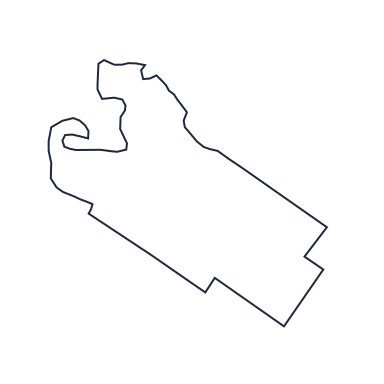 the district of São Pedro do Butiá, Rio Grande do Sul, Brazil, rotated 125°
{"feature_id": "56859067B11574675673068", "entity_name": "São Pedro do Butiá", "entity_type": "district", "adm_level": 2, "iso_a3": "BRA", "parent_name": "Brazil", "parent_adm1": "Rio Grande do Sul", "projection": "albers", "projection_center": [-54.902, -28.124], "detail": "fine", "context": "isolated", "style": "outline", "palette": "slate", "viewbox_px": 384, "rotation_deg": 125, "n_neighbors": 0, "source": "geoboundaries", "source_scale": "gbopen_adm2", "svg_char_len": 1121}
<svg xmlns="http://www.w3.org/2000/svg" viewBox="0 0 384 384"><g transform="rotate(125 192 192)"><path d="M269.0,264.2L267.0,188.0L266.8,140.7L266.6,123.5L249.3,124.1L249.3,91.8L249.3,39.6L180.2,40.0L180.4,62.8L143.5,61.3L143.5,165.0L143.8,180.8L143.6,194.6L146.6,201.9L148.4,208.3L147.8,217.0L145.0,227.2L143.0,235.1L138.2,239.8L129.6,241.9L126.9,250.1L124.8,256.9L122.4,262.7L122.2,269.0L119.4,274.6L118.1,280.7L116.9,288.0L123.2,291.6L127.5,296.8L121.5,303.5L115.0,303.3L118.8,311.7L123.1,318.2L127.7,322.2L132.3,328.6L134.4,339.7L140.6,342.2L157.1,331.7L162.2,328.2L167.3,319.1L159.3,309.7L156.2,302.1L159.3,296.1L163.8,293.7L171.5,293.5L176.6,290.2L181.6,287.0L186.6,278.2L189.5,273.1L195.0,270.2L202.0,276.4L204.9,281.5L209.8,291.0L224.2,311.2L226.6,316.7L228.1,322.5L224.3,327.6L218.1,328.6L213.7,323.1L210.8,316.1L207.7,307.8L201.4,311.8L198.7,317.9L197.9,325.1L199.6,331.7L208.1,339.1L219.7,344.4L232.4,338.7L240.4,333.1L249.0,323.9L254.4,320.4L261.9,315.4L265.9,305.6L266.0,297.7L263.2,285.9L262.1,279.4L260.6,273.7L259.0,266.6L263.8,264.9L269.0,264.2Z" fill="none" stroke="#1e293b" stroke-width="2"/></g></svg>